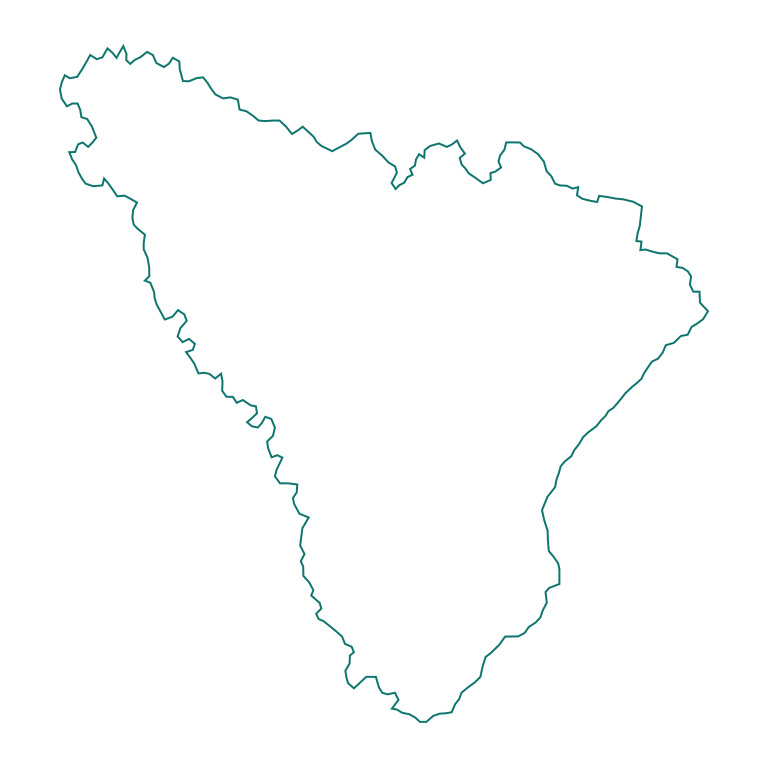 Palestina, São Paulo, Brazil (Natural Earth projection)
{"feature_id": "56859067B15290708695755", "entity_name": "Palestina", "entity_type": "district", "adm_level": 2, "iso_a3": "BRA", "parent_name": "Brazil", "parent_adm1": "São Paulo", "projection": "natural_earth1", "projection_center": [-49.516, -20.338], "detail": "fine", "context": "isolated", "style": "outline", "palette": "teal", "viewbox_px": 768, "rotation_deg": 0, "n_neighbors": 0, "source": "geoboundaries", "source_scale": "gbopen_adm2", "svg_char_len": 4257}
<svg xmlns="http://www.w3.org/2000/svg" viewBox="0 0 768 768"><path d="M133.7,224.6L137.5,228.6L144.9,234.7L143.7,242.8L143.7,249.3L147.6,258.0L149.2,267.5L149.3,276.2L144.9,280.6L150.3,282.7L154.1,292.0L154.6,298.0L156.7,304.6L160.2,311.0L164.8,319.5L172.5,316.7L178.0,310.1L184.3,314.4L186.7,320.8L180.5,328.0L177.6,336.4L182.6,342.1L189.1,338.9L194.9,343.9L192.8,349.9L186.1,352.1L190.7,358.3L194.4,363.8L198.4,373.4L204.6,372.8L209.4,373.9L215.2,378.5L221.1,373.7L222.5,381.3L222.2,390.8L226.5,396.8L232.9,396.9L236.7,402.8L242.8,400.0L250.8,405.4L255.9,406.3L257.0,413.3L251.9,418.1L247.1,422.2L251.9,426.3L257.8,427.5L261.8,423.1L265.3,416.8L271.3,419.0L274.9,427.6L273.0,435.8L267.1,441.5L268.1,448.1L271.6,457.3L277.3,455.2L282.4,457.6L279.5,463.7L276.6,469.7L274.9,476.3L280.0,483.3L288.0,483.3L297.3,484.5L296.7,492.4L293.0,497.9L294.0,503.7L299.4,513.7L308.7,517.5L302.4,528.2L301.3,536.5L300.2,545.8L304.5,554.0L300.8,561.2L303.2,566.6L303.4,575.9L309.3,582.5L313.4,590.3L311.2,595.5L319.7,603.0L321.3,608.5L316.2,613.8L318.6,619.0L323.5,621.1L329.8,626.1L336.1,631.3L342.1,636.6L345.0,643.9L351.6,646.7L353.9,652.2L349.9,655.6L349.6,663.5L345.4,670.6L346.4,677.5L348.1,683.2L353.9,688.3L359.8,682.9L366.2,676.9L375.9,676.9L378.8,687.1L382.2,692.8L387.6,694.3L395.0,692.8L398.5,699.9L391.9,708.6L397.0,709.6L402.0,712.7L409.5,714.3L415.4,717.7L420.0,721.9L426.3,721.9L433.2,715.9L440.0,713.6L445.5,713.3L451.6,712.3L455.2,704.1L459.2,699.1L461.5,692.7L467.7,687.6L474.9,682.3L480.4,676.9L482.4,667.4L485.6,657.0L491.0,652.8L499.2,644.9L505.1,636.6L518.2,636.4L524.7,632.9L528.9,626.9L535.8,622.4L540.4,617.4L542.8,610.3L546.8,602.7L545.5,592.1L549.2,587.9L559.4,584.0L559.4,569.2L558.2,563.5L553.4,556.5L548.8,551.1L547.9,540.3L547.6,530.6L544.2,520.1L542.0,510.2L547.4,496.9L555.1,487.1L556.5,479.5L558.6,473.8L560.7,466.3L564.8,461.4L571.4,456.1L574.1,450.3L579.2,443.8L583.2,437.1L587.9,432.6L596.3,426.3L601.1,420.3L605.4,416.1L608.5,411.1L613.3,407.9L618.1,402.4L625.7,392.9L632.6,386.4L636.7,383.2L641.5,378.7L643.8,373.7L647.3,368.3L651.9,361.6L658.0,358.7L662.8,352.4L665.8,345.2L673.8,342.9L680.9,336.0L687.7,334.7L691.6,326.9L697.1,323.6L703.1,319.2L708.0,311.2L700.0,302.7L699.5,291.7L693.3,291.7L689.9,284.7L691.1,276.4L687.9,271.4L682.6,267.9L676.5,266.9L677.5,259.3L666.9,253.3L659.4,253.3L651.9,251.5L645.5,249.5L640.4,250.1L641.5,241.6L636.4,241.0L637.7,233.1L639.8,225.7L641.0,215.1L642.0,206.4L633.0,201.7L623.6,199.4L615.1,198.5L607.0,196.9L599.2,195.9L597.1,202.0L590.0,200.7L582.4,198.8L577.0,195.3L578.2,187.2L572.6,188.6L566.9,185.8L559.8,185.4L555.0,183.6L551.4,176.3L546.6,171.2L543.9,161.7L538.0,154.1L530.9,149.1L523.8,146.3L520.1,142.5L513.9,142.4L506.2,142.4L504.4,149.8L500.1,155.4L498.5,161.5L501.1,167.5L495.3,171.6L490.5,173.1L490.7,179.9L483.0,183.3L474.7,177.3L468.9,173.5L465.3,168.4L461.7,164.6L459.7,158.0L464.9,153.6L460.3,147.2L457.1,140.5L451.7,144.6L446.9,146.9L439.0,143.5L430.3,145.9L424.7,150.0L424.2,157.7L419.1,154.2L416.0,159.5L414.9,165.6L410.1,169.0L412.5,174.8L407.6,177.0L404.2,182.7L399.3,185.2L395.6,189.0L391.6,183.0L396.9,172.8L395.1,166.4L388.5,162.5L382.3,155.7L375.2,149.6L371.9,141.2L370.4,133.0L365.4,133.2L358.2,133.8L352.0,139.5L346.7,143.5L338.5,147.8L332.2,151.2L321.3,145.9L316.7,141.9L313.6,136.7L308.5,132.0L302.7,126.7L297.2,130.8L291.9,134.0L286.3,126.9L279.6,120.6L273.8,120.5L265.2,121.1L258.5,120.5L253.7,116.4L246.7,111.4L239.5,109.5L237.9,99.7L230.5,97.4L223.0,98.4L215.3,94.3L210.9,88.3L207.5,82.9L203.2,77.4L197.0,78.0L188.8,81.3L182.9,81.0L181.3,75.0L179.7,68.9L179.3,61.4L172.7,57.8L169.0,63.6L163.9,67.1L156.4,63.0L152.9,55.1L147.1,51.9L140.4,57.2L135.0,59.8L130.2,63.9L126.2,60.0L126.5,54.1L123.3,46.1L120.3,51.1L116.5,57.8L112.4,52.7L107.5,48.4L102.4,57.3L96.8,59.2L90.2,55.0L86.7,61.4L81.9,69.7L77.1,76.9L69.9,78.2L64.8,75.3L61.9,82.0L60.0,89.5L61.6,98.4L66.9,106.3L72.3,103.5L77.6,103.5L80.3,110.1L81.4,117.2L87.2,119.0L92.0,126.7L96.3,137.7L92.3,142.7L88.2,146.9L82.7,142.5L78.1,144.3L75.1,152.0L69.3,152.2L72.2,159.5L76.1,165.2L78.4,172.2L82.1,178.9L85.6,183.6L93.1,186.2L102.4,185.4L104.1,178.5L108.0,183.0L112.9,189.9L117.2,196.3L124.7,195.7L130.7,198.9L137.0,202.6L133.1,210.2L132.4,217.9L133.7,224.6Z" fill="none" stroke="#0f766e" stroke-width="2"/></svg>